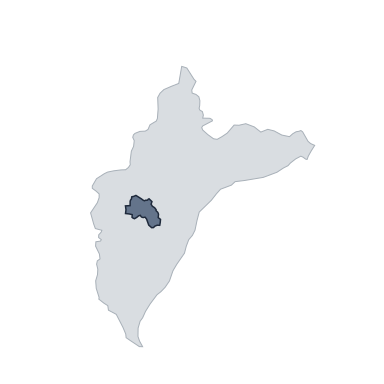 where Teleneşti sits in Moldova, rotated 244°
{"feature_id": "MDA-1648", "entity_name": "Teleneşti", "entity_type": "District", "adm_level": 1, "iso_a3": "MDA", "parent_name": "Moldova", "parent_adm1": "", "projection": "equal_earth", "projection_center": [28.447, 47.584], "detail": "fine", "context": "in_parent", "style": "filled", "palette": "slate", "viewbox_px": 384, "rotation_deg": 244, "n_neighbors": 0, "source": "natural_earth", "source_scale": "10m", "svg_char_len": 2622}
<svg xmlns="http://www.w3.org/2000/svg" viewBox="0 0 384 384"><g transform="rotate(244 192 192)"><path d="M74.6,79.8L76.1,76.9L89.9,68.9L93.4,70.2L100.6,70.6L115.2,70.3L122.4,65.1L126.8,66.5L130.5,64.2L136.5,61.3L137.4,61.9L138.1,62.3L147.4,63.7L154.4,66.5L159.1,70.8L163.9,73.5L168.9,74.6L171.6,76.7L172.2,80.0L176.9,81.6L185.6,81.6L189.4,83.8L188.0,88.2L188.9,89.6L192.0,88.1L194.4,89.4L195.7,92.7L197.1,94.2L201.5,89.1L206.3,89.6L217.7,91.7L223.9,102.3L227.7,106.1L231.0,107.7L235.2,106.0L239.0,104.0L241.1,105.0L245.8,112.0L246.9,121.2L246.9,124.9L245.3,131.1L243.0,137.8L241.1,142.1L241.9,145.6L243.6,148.5L246.3,149.5L255.3,155.4L258.6,159.5L263.5,162.6L267.1,162.7L269.0,164.4L269.7,166.5L269.3,171.8L267.2,176.7L267.5,179.9L270.8,183.7L271.2,188.1L271.4,190.9L273.2,193.1L281.4,197.9L292.0,202.6L294.8,206.6L296.4,211.7L296.0,220.2L295.4,227.7L309.4,237.8L307.8,239.6L305.7,241.7L292.4,243.2L289.7,244.1L283.8,236.5L280.8,235.5L278.0,238.3L274.6,239.9L270.6,239.1L266.3,236.8L264.1,235.1L262.3,234.9L259.7,236.6L256.1,235.9L253.7,234.0L250.4,240.4L248.3,241.8L247.0,241.6L246.7,230.7L245.7,229.0L243.0,228.8L236.6,231.4L230.4,234.7L228.3,237.7L228.6,243.1L229.5,249.5L233.7,259.2L231.4,263.5L229.8,270.3L223.2,276.5L215.7,280.1L215.1,287.6L210.9,292.6L203.8,297.7L199.0,303.9L200.2,308.1L200.5,312.0L199.7,314.7L199.5,316.8L197.6,317.8L186.7,318.5L183.6,319.8L180.1,322.7L176.7,317.2L173.3,312.3L170.8,309.7L171.8,308.5L174.6,307.1L176.5,305.5L176.3,299.7L174.9,293.1L173.6,289.9L173.5,284.8L172.5,277.0L173.9,262.5L179.3,244.3L182.4,235.3L180.9,230.4L182.0,218.9L179.7,213.2L176.1,205.8L170.8,189.7L164.3,184.1L156.3,177.9L152.8,173.3L150.6,168.2L145.8,163.1L140.3,158.4L133.8,146.8L130.4,141.6L129.4,140.2L121.9,132.7L118.1,126.0L116.1,120.5L115.0,115.5L109.8,105.4L105.1,97.9L100.6,92.5L98.6,88.7L93.3,83.9L85.8,80.1L80.9,79.5L74.6,79.8Z" fill="#d9dde1" stroke="#a8b0b8" stroke-width="1"/><path d="M201.8,122.8L205.0,124.9L208.7,126.1L206.9,130.4L210.7,132.3L211.6,133.1L212.2,134.4L214.1,135.8L213.6,137.7L213.5,140.1L207.9,143.6L206.4,144.3L205.0,145.3L204.9,146.1L204.9,147.0L204.3,147.8L204.2,148.6L204.7,149.4L204.7,150.4L200.9,151.8L199.0,149.9L196.6,150.1L194.3,151.5L191.9,152.0L191.2,151.6L190.6,151.6L188.8,152.3L187.7,152.3L186.6,152.1L183.8,150.4L181.2,151.7L178.7,150.2L176.2,148.4L177.4,146.2L177.6,143.7L176.9,141.8L177.6,140.1L181.2,138.6L187.6,139.3L189.9,138.8L190.2,138.0L190.4,137.0L191.2,136.0L192.1,135.5L193.7,135.3L194.0,133.6L193.4,131.2L193.2,128.6L194.3,127.6L195.6,127.0L196.8,127.8L197.9,128.3L199.9,125.8L201.8,122.8Z" fill="#64748b" stroke="#1e293b" stroke-width="1.5"/></g></svg>